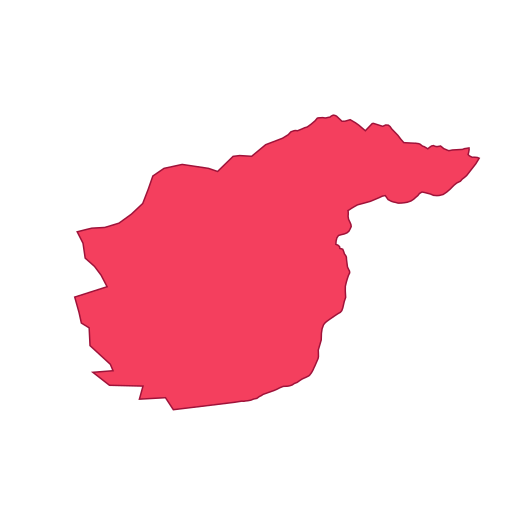 outline of San Pablo Cuatro Venados, Oaxaca, Mexico, rotated 200°
{"feature_id": "50627088B25746223253331", "entity_name": "San Pablo Cuatro Venados", "entity_type": "district", "adm_level": 2, "iso_a3": "MEX", "parent_name": "Mexico", "parent_adm1": "Oaxaca", "projection": "natural_earth1", "projection_center": [-96.914, 16.979], "detail": "fine", "context": "isolated", "style": "filled", "palette": "rose", "viewbox_px": 512, "rotation_deg": 200, "n_neighbors": 0, "source": "geoboundaries", "source_scale": "gbopen_adm2", "svg_char_len": 3091}
<svg xmlns="http://www.w3.org/2000/svg" viewBox="0 0 512 512"><g transform="rotate(200 256 256)"><path d="M165.4,161.4L164.8,162.5L164.5,163.6L164.2,164.4L163.9,165.6L163.6,167.4L163.4,168.7L163.3,170.8L163.1,172.5L162.8,177.4L162.6,180.8L162.9,182.8L164.2,186.2L165.3,188.9L166.0,199.4L168.1,205.8L169.0,210.3L169.0,214.6L168.1,217.1L166.8,219.3L165.3,221.5L161.6,226.7L159.3,229.8L157.5,231.9L156.7,234.0L156.7,237.0L157.5,243.4L157.6,247.8L160.1,253.6L161.7,258.1L162.2,262.5L162.4,265.7L162.5,269.3L162.2,272.2L162.9,273.7L164.3,275.0L166.3,277.0L169.0,282.2L169.8,283.8L170.7,285.9L171.9,287.1L173.5,288.1L175.5,290.6L176.8,292.0L178.3,292.0L179.8,291.8L180.7,293.4L182.6,294.2L185.0,294.3L185.9,297.7L186.2,300.7L185.5,303.5L183.2,305.2L180.6,306.9L178.4,308.9L177.2,311.0L176.8,313.7L176.6,316.2L177.6,318.1L179.4,320.0L181.6,322.2L183.1,324.9L183.6,326.8L184.4,328.9L185.1,330.2L184.6,330.7L182.7,333.3L180.6,335.9L178.1,338.8L172.5,342.7L167.2,346.5L163.1,350.3L160.2,353.0L157.7,355.5L155.2,357.0L151.2,354.2L147.5,353.7L145.1,353.8L143.2,354.1L140.5,354.3L137.7,355.4L135.0,356.7L132.3,358.2L129.2,360.7L127.2,363.4L126.0,365.7L124.6,368.1L123.8,370.6L121.9,372.9L119.4,373.3L113.2,373.9L110.0,373.7L106.7,374.6L104.6,375.5L101.2,377.8L98.7,381.2L96.4,385.3L95.0,388.4L94.0,390.5L92.3,393.3L89.5,396.2L88.5,398.8L87.0,401.1L85.6,403.6L81.0,417.8L79.7,424.2L81.6,424.3L84.0,423.7L85.5,423.2L86.6,422.7L89.8,423.1L91.4,423.9L91.6,426.1L92.1,428.8L92.8,430.4L93.7,429.9L95.1,429.1L96.8,428.2L98.4,426.8L107.0,423.1L107.9,422.7L109.3,421.8L110.9,420.9L112.5,420.9L113.9,421.0L116.2,421.1L118.1,421.8L120.2,422.5L121.2,421.9L122.9,420.9L124.0,420.5L125.7,420.3L126.9,420.5L128.7,419.4L130.0,417.6L131.2,415.5L135.4,416.3L137.1,416.2L140.1,417.2L141.6,417.2L144.9,416.5L145.6,416.2L153.1,413.9L155.9,413.1L159.9,415.3L163.9,417.9L171.9,421.8L174.3,423.5L176.4,424.2L178.9,423.5L181.3,421.2L191.0,420.8L192.1,420.2L196.1,411.1L204.1,414.1L208.1,415.2L214.1,416.3L218.5,413.1L221.3,412.0L228.2,415.0L230.1,415.1L230.9,414.9L231.6,414.8L233.1,413.3L234.1,411.7L235.5,411.0L237.6,409.6L238.4,409.3L240.6,408.9L244.9,407.0L245.6,406.4L246.7,403.3L249.3,398.7L251.6,395.3L252.4,394.4L254.0,393.3L256.5,390.9L259.8,387.9L261.9,387.4L263.0,386.8L263.4,386.5L265.7,384.6L267.2,381.0L271.4,375.7L285.0,363.9L294.2,348.2L305.7,344.8L311.6,341.8L321.0,322.3L330.6,322.1L356.7,316.8L372.4,306.9L380.3,295.9L380.1,282.1L380.4,266.6L387.4,252.7L396.0,240.0L407.9,231.1L419.8,226.0L424.2,223.1L432.3,217.6L427.7,213.3L422.9,208.8L415.8,195.6L404.2,191.0L395.0,185.0L385.4,176.2L412.3,155.4L402.9,142.3L397.2,133.3L388.2,131.4L381.3,115.0L355.8,104.4L351.1,99.3L363.6,93.6L369.5,90.9L349.5,84.4L317.7,95.1L316.6,81.6L292.6,91.9L281.1,83.3L226.5,111.0L219.8,114.7L217.8,115.3L216.1,116.3L214.2,117.2L211.5,118.8L209.3,120.8L206.5,122.5L204.8,125.1L203.2,126.7L202.0,128.4L192.6,136.2L190.8,137.9L188.6,140.3L185.8,142.8L181.7,144.5L179.9,145.6L177.9,147.2L176.4,149.3L174.1,151.3L172.1,154.2L170.9,155.8L169.8,157.0L167.7,159.0L165.4,161.4Z" fill="#f43f5e" stroke="#9f1239" stroke-width="1.5"/></g></svg>